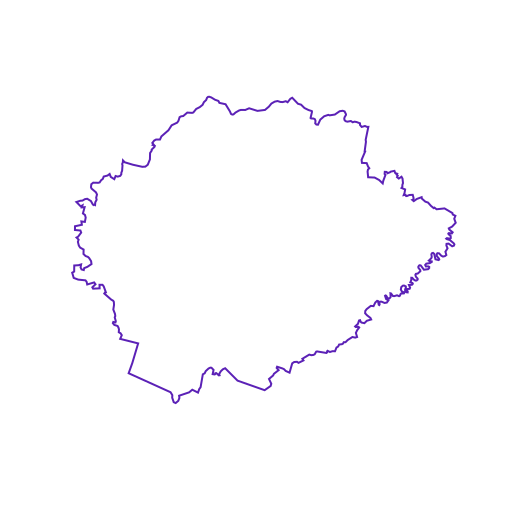 Ayapel, Córdoba, Colombia, rotated 196°
{"feature_id": "7082276B48600116890158", "entity_name": "Ayapel", "entity_type": "district", "adm_level": 2, "iso_a3": "COL", "parent_name": "Colombia", "parent_adm1": "Córdoba", "projection": "albers", "projection_center": [-75.075, 8.281], "detail": "fine", "context": "isolated", "style": "outline", "palette": "violet", "viewbox_px": 512, "rotation_deg": 196, "n_neighbors": 0, "source": "geoboundaries", "source_scale": "gbopen_adm2", "svg_char_len": 6074}
<svg xmlns="http://www.w3.org/2000/svg" viewBox="0 0 512 512"><g transform="rotate(196 256 256)"><path d="M443.5,258.4L438.2,255.4L436.8,256.8L436.8,254.7L434.2,255.7L434.1,249.2L431.7,248.3L430.3,246.0L429.9,241.6L433.4,241.1L432.0,238.0L438.2,234.7L437.2,231.1L431.8,232.1L430.5,230.3L432.4,225.4L433.6,224.3L431.0,222.8L431.1,220.5L429.2,217.2L427.4,215.6L423.5,214.7L422.4,210.4L419.8,209.0L417.3,208.8L415.8,208.0L413.1,205.6L411.9,202.9L415.1,199.1L417.8,197.0L417.7,195.0L420.0,195.0L421.5,196.7L421.8,199.7L424.1,198.2L428.1,196.8L426.5,190.9L428.1,189.3L425.2,184.7L420.4,184.3L413.2,185.6L411.7,184.5L410.4,182.1L404.3,186.0L402.5,184.6L404.7,180.8L403.6,179.7L397.4,181.8L398.5,185.2L395.6,186.0L394.0,184.8L390.3,179.7L391.1,179.3L391.5,178.1L383.2,174.2L380.9,173.6L380.0,172.7L379.0,169.9L378.4,165.2L375.6,161.5L374.7,159.5L374.9,158.1L372.8,154.7L372.8,153.4L375.0,153.3L375.1,152.0L373.2,150.7L369.8,150.6L368.5,149.3L367.5,147.7L366.9,144.9L364.9,144.4L363.2,142.9L363.7,138.9L345.2,139.5L345.4,119.0L346.1,108.2L300.6,101.5L298.1,99.2L297.5,96.7L294.8,92.8L292.7,92.5L290.8,95.3L290.5,98.4L291.4,100.5L282.7,106.5L280.4,109.9L274.1,108.7L273.9,112.4L273.1,114.6L274.5,127.6L273.0,129.1L272.6,131.5L270.6,134.8L269.1,136.1L268.0,136.3L265.4,134.8L265.1,130.5L263.2,130.7L262.8,131.0L262.8,132.1L261.9,132.5L258.8,131.0L258.2,131.3L258.9,132.2L258.1,135.4L256.6,138.0L254.7,139.6L239.4,131.1L210.7,129.4L206.1,135.1L206.1,137.4L209.6,141.4L206.6,145.9L206.3,147.7L202.8,152.5L205.3,154.1L205.2,155.4L199.5,155.2L197.8,154.9L195.8,153.7L191.6,153.1L191.6,162.8L190.1,164.6L187.4,165.6L185.7,165.0L181.6,168.7L183.1,170.0L177.6,175.9L175.5,175.9L173.6,176.7L172.5,177.7L171.8,180.6L171.0,181.1L161.6,182.2L161.1,182.9L161.4,184.0L161.1,184.6L158.5,184.1L156.2,185.6L153.8,186.2L153.4,190.2L152.1,191.6L151.7,193.8L149.1,194.9L148.2,195.8L147.9,197.3L146.2,197.8L144.7,200.5L141.0,204.7L138.1,204.9L136.5,206.0L138.8,209.6L138.3,212.6L137.1,215.7L138.0,216.2L140.5,215.2L141.3,215.6L139.3,218.9L139.2,222.4L138.3,223.0L137.2,221.6L136.2,221.1L133.3,221.3L131.6,224.3L127.8,226.7L128.9,228.0L132.9,229.6L135.3,231.0L135.8,233.3L135.0,235.4L131.9,239.7L129.2,240.2L128.5,244.2L127.2,246.3L126.3,246.3L124.6,243.0L124.0,242.8L123.8,243.4L124.6,245.3L124.2,246.3L122.7,246.7L119.5,246.3L117.4,247.3L116.5,249.8L119.1,250.5L121.0,253.3L120.6,253.8L119.9,253.7L117.8,251.7L116.0,252.0L115.3,253.7L116.5,257.2L115.8,257.2L113.4,255.3L112.1,255.5L109.6,257.1L107.4,256.8L106.7,257.5L106.6,259.1L106.2,259.9L103.5,260.8L103.3,261.8L106.0,262.1L107.5,263.6L107.8,266.1L106.7,267.9L105.6,268.4L103.7,268.1L103.3,267.5L103.4,264.8L103.0,263.6L101.4,262.6L100.2,262.8L100.4,263.8L102.0,264.9L102.3,265.6L99.3,266.8L99.1,268.0L101.0,270.3L98.2,271.3L97.6,272.5L98.2,273.2L100.4,273.3L100.1,275.6L100.7,277.9L99.8,278.1L98.0,276.9L96.1,276.3L94.9,276.7L94.1,277.9L94.4,278.8L96.6,280.2L97.6,281.8L97.4,282.9L95.7,283.7L93.8,286.7L94.2,287.7L96.7,289.5L97.0,290.5L96.6,291.8L96.0,292.3L95.0,292.3L90.8,289.1L86.9,290.8L86.2,292.1L86.5,293.3L87.6,293.5L89.8,292.8L90.9,294.0L90.2,295.6L86.9,297.1L85.4,298.8L85.6,299.3L87.5,298.9L88.6,299.2L86.9,302.2L86.8,303.5L87.9,306.0L87.6,307.2L86.7,307.8L85.3,307.2L82.6,302.3L79.4,302.4L78.9,303.1L79.4,303.9L82.2,305.8L82.8,307.5L82.4,308.7L80.7,309.0L77.9,307.3L76.1,307.0L74.3,308.0L73.3,309.4L75.1,312.3L74.0,316.2L75.9,318.6L76.2,320.2L74.3,321.0L70.1,319.4L68.6,320.5L68.5,321.9L69.4,322.7L74.1,324.8L77.2,324.8L77.9,325.1L77.4,325.8L74.3,326.1L73.7,326.9L74.4,328.9L76.9,330.0L77.3,330.6L76.9,331.2L74.0,331.6L73.5,333.0L77.5,334.7L78.3,335.7L75.6,338.3L73.2,343.0L75.7,346.4L75.4,349.6L78.3,350.1L79.0,351.4L87.9,353.7L95.3,350.7L97.8,351.7L98.4,351.0L101.6,352.4L105.4,354.8L108.2,354.9L112.4,356.9L113.0,358.2L117.1,355.2L119.5,352.2L121.2,353.0L120.5,353.5L120.4,355.0L122.2,358.0L125.4,356.9L127.5,355.2L128.2,355.0L129.1,356.0L130.8,355.2L130.6,357.6L131.0,361.1L134.9,361.5L134.4,363.0L134.9,364.6L134.8,366.6L136.5,370.8L138.0,372.3L140.1,369.8L142.2,370.7L141.9,372.3L143.3,373.0L143.0,374.0L145.0,374.1L146.4,376.0L149.8,374.2L150.2,373.5L152.4,371.8L153.6,372.8L155.4,372.4L155.0,370.3L153.9,369.7L154.4,363.4L154.2,360.7L158.6,363.0L163.6,364.1L169.9,362.6L172.0,367.9L172.2,370.0L171.3,371.6L172.9,372.8L175.2,375.8L179.8,374.7L181.0,377.5L179.9,386.5L180.4,386.5L181.8,396.1L182.6,397.9L183.6,411.1L184.8,410.7L187.1,411.0L190.0,409.2L192.2,410.7L192.6,412.2L196.2,412.5L198.3,412.3L199.9,411.2L202.0,411.9L205.2,410.3L207.0,410.3L208.2,410.9L209.0,412.2L209.1,413.7L208.4,416.5L208.7,417.2L210.7,419.4L212.7,419.5L215.5,418.2L219.2,413.7L224.0,411.5L225.4,411.6L229.0,409.1L231.8,404.8L232.6,399.3L234.2,399.0L235.6,399.8L236.1,402.4L237.1,403.7L238.6,404.0L240.9,403.4L241.6,403.7L241.9,410.0L242.3,410.7L245.8,410.8L250.2,411.6L254.4,413.9L257.6,413.9L264.8,418.1L266.3,416.6L268.0,412.5L270.0,413.0L272.8,411.3L275.1,410.8L278.0,410.9L280.6,409.5L283.2,406.8L284.8,403.1L287.6,398.9L294.6,395.9L303.3,396.1L306.6,393.4L310.7,392.3L312.3,391.3L315.2,388.3L316.7,385.9L317.8,385.4L319.2,385.7L320.9,387.8L327.1,393.5L333.4,393.1L334.9,394.7L338.4,394.9L342.7,396.1L344.9,396.2L346.0,395.7L346.7,394.5L346.9,392.2L348.5,389.5L349.0,386.6L351.1,383.6L354.0,380.9L355.8,376.7L356.8,376.0L361.6,374.9L364.5,370.5L366.5,369.6L367.7,368.4L367.8,364.6L368.5,362.5L373.1,358.4L374.8,352.8L379.9,344.9L380.4,341.5L384.2,340.4L385.7,338.9L386.8,336.1L385.0,334.8L385.6,334.2L383.6,333.9L383.7,332.8L385.6,329.6L385.3,328.6L386.2,325.8L384.6,319.6L385.2,313.9L387.0,311.4L389.9,310.4L399.5,309.8L408.0,309.9L410.2,311.2L409.8,309.2L410.0,307.5L409.3,306.3L408.2,301.0L408.4,298.9L408.0,297.4L408.6,295.6L410.8,294.2L413.0,294.2L413.4,290.8L417.4,292.0L419.3,294.5L420.9,292.4L424.3,290.4L424.5,287.9L425.8,286.1L426.6,283.6L427.8,282.9L432.7,281.6L434.1,279.6L433.6,276.7L432.7,275.5L427.4,273.1L425.8,271.3L425.7,268.0L424.7,266.1L425.3,263.3L424.8,260.9L425.3,261.1L425.9,260.2L427.0,260.5L429.8,263.3L434.0,264.5L436.1,263.5L438.1,261.4L440.1,260.7L443.5,258.4Z" fill="none" stroke="#5b21b6" stroke-width="2"/></g></svg>